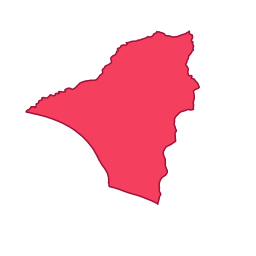 outline of Tilomar, Cova Lima, East Timor, rotated 71°
{"feature_id": "22284137B39285760424005", "entity_name": "Tilomar", "entity_type": "district", "adm_level": 2, "iso_a3": "TLS", "parent_name": "East Timor", "parent_adm1": "Cova Lima", "projection": "equal_earth", "projection_center": [125.135, -9.378], "detail": "fine", "context": "isolated", "style": "filled", "palette": "rose", "viewbox_px": 256, "rotation_deg": 71, "n_neighbors": 0, "source": "geoboundaries", "source_scale": "gbopen_adm2", "svg_char_len": 5637}
<svg xmlns="http://www.w3.org/2000/svg" viewBox="0 0 256 256"><g transform="rotate(71 128 128)"><path d="M46.4,69.2L46.8,69.2L47.0,69.5L47.1,69.9L47.3,71.1L47.4,72.3L47.6,73.1L47.9,73.5L48.4,74.0L48.7,74.5L49.3,76.0L49.3,76.5L49.0,78.0L48.2,79.1L48.1,79.4L48.2,80.4L48.4,80.8L48.6,81.1L48.7,81.6L48.6,84.6L48.6,85.7L48.6,87.9L48.8,88.7L48.5,89.1L48.2,89.7L48.2,90.5L48.6,91.3L47.3,96.3L47.4,97.2L47.3,98.1L47.3,98.9L47.3,99.9L47.3,100.4L47.0,100.8L47.0,101.2L47.0,101.9L48.2,101.4L48.6,101.6L48.9,102.6L48.9,103.3L48.0,105.2L47.9,106.1L48.0,107.8L49.1,108.9L49.3,109.2L49.5,109.6L49.5,110.2L49.4,111.4L49.7,112.1L50.0,112.3L50.4,112.3L51.4,112.1L51.7,112.1L51.8,112.2L51.9,113.8L53.2,114.5L53.4,114.7L53.6,115.1L54.5,116.0L54.7,116.5L54.8,117.6L54.7,118.2L54.8,118.7L55.1,119.2L55.5,120.4L55.7,120.9L56.5,121.5L57.3,121.8L58.8,121.8L60.1,122.1L60.5,122.3L60.8,122.7L61.3,124.3L61.4,124.6L61.7,125.5L61.9,126.8L61.9,128.3L62.0,128.7L62.1,129.3L62.4,129.8L63.3,130.5L63.7,131.2L64.1,132.6L64.5,133.2L65.1,133.5L65.4,133.6L66.3,133.6L67.0,133.7L67.8,134.3L68.2,134.6L68.3,134.9L68.4,135.4L68.6,135.6L69.1,137.4L69.4,137.9L70.5,139.1L70.7,139.6L71.4,140.8L71.5,141.0L71.9,141.9L72.1,143.4L71.6,145.2L71.2,146.1L71.1,146.5L70.8,147.9L70.5,148.5L70.5,149.8L70.3,150.8L70.1,151.2L69.8,152.7L69.7,154.9L69.7,156.7L69.8,157.6L69.8,158.6L70.0,159.1L70.2,159.5L70.6,160.3L70.8,160.7L71.1,161.3L71.3,161.6L71.4,162.0L71.7,162.8L72.3,163.5L72.6,163.9L72.9,165.0L73.0,165.5L73.3,166.9L73.4,167.8L73.1,168.4L72.6,168.9L71.9,169.4L71.5,170.0L70.9,171.4L70.9,171.7L70.9,172.6L71.2,174.5L71.3,175.0L71.6,175.3L72.9,175.4L73.1,175.5L73.3,176.2L72.7,178.0L72.0,179.1L71.1,181.3L71.3,181.9L71.7,182.0L72.8,181.9L72.9,182.2L72.9,182.5L72.6,183.1L72.1,183.7L71.9,185.0L71.9,185.3L72.2,185.8L73.2,185.9L73.4,186.2L73.4,186.6L73.2,187.7L73.2,188.3L73.1,188.7L72.2,189.4L71.7,189.9L71.4,190.3L71.4,190.5L71.6,191.3L72.7,192.8L72.8,193.4L73.0,193.7L73.1,194.7L73.1,195.2L73.0,196.0L72.8,196.4L72.2,197.1L71.9,197.5L71.5,198.6L71.5,198.9L71.7,199.8L72.7,199.8L73.1,200.3L73.3,200.8L73.3,201.5L73.3,203.2L73.5,203.4L73.9,203.8L74.3,203.8L74.9,204.1L75.2,204.8L75.2,205.2L75.3,206.4L75.5,207.1L76.8,207.4L77.6,207.8L78.0,208.2L78.3,208.5L78.4,208.8L78.4,209.3L78.3,209.5L77.6,209.4L77.4,209.6L77.2,210.0L76.9,211.3L76.4,212.5L76.6,213.0L77.3,213.5L77.7,214.5L78.1,214.9L78.2,215.4L78.3,216.2L78.6,217.9L78.9,218.6L79.3,218.9L79.6,218.9L79.7,219.0L79.8,218.9L80.5,217.8L81.4,216.2L83.7,212.5L84.2,211.9L85.6,209.4L86.7,207.7L87.2,207.1L88.1,205.6L91.4,200.8L92.1,200.0L94.8,196.5L95.4,195.8L97.6,193.2L99.5,191.1L100.3,190.1L102.2,188.2L105.9,184.7L107.9,182.9L110.0,181.2L113.7,178.5L115.2,177.6L115.9,177.1L117.1,176.4L118.5,175.5L120.9,174.0L123.0,172.9L125.3,171.9L126.7,171.2L128.5,170.5L131.0,169.6L131.8,169.3L135.0,168.2L138.0,167.4L139.6,167.2L141.5,166.8L145.9,166.1L148.4,165.8L149.7,165.6L150.3,165.4L152.0,165.1L155.1,164.4L158.8,163.2L161.5,162.6L164.2,162.2L165.5,162.2L169.1,162.6L170.2,163.1L171.2,163.2L172.2,163.6L172.8,164.0L173.5,164.3L174.3,164.1L175.2,164.2L175.6,164.4L176.3,164.9L177.4,164.4L177.9,163.9L179.4,161.4L182.1,157.6L183.0,156.6L183.3,156.0L185.9,153.0L188.9,149.3L189.6,148.3L191.1,146.3L192.0,144.8L192.6,144.2L194.0,142.0L195.4,140.1L198.2,136.6L200.9,133.5L203.4,130.6L204.6,129.2L207.1,126.7L208.5,125.3L209.6,124.7L204.6,121.3L204.0,121.2L203.1,120.6L202.0,119.1L201.4,118.7L200.8,118.6L200.0,118.6L198.8,118.9L198.2,119.0L196.8,118.6L194.7,117.7L192.0,117.1L190.9,116.7L189.6,115.9L187.4,114.0L186.5,112.8L185.9,111.8L185.3,110.0L185.1,108.9L184.9,108.1L184.6,107.5L183.8,106.4L182.7,105.3L182.3,105.1L181.1,104.8L176.9,105.0L174.9,104.8L173.8,104.2L172.5,103.8L171.7,103.6L170.7,103.2L168.7,102.9L167.0,103.2L165.6,103.2L163.1,102.8L162.3,102.5L161.5,102.0L160.7,101.0L159.2,99.5L158.8,98.8L158.4,98.1L158.1,97.3L157.9,95.9L157.8,94.5L157.5,92.6L157.3,91.8L157.0,91.0L156.3,88.1L156.1,87.5L155.8,87.2L152.7,86.5L150.1,85.7L149.0,85.6L148.5,85.4L147.9,84.8L147.2,84.0L146.7,83.4L146.1,83.0L145.6,83.0L144.8,83.3L144.0,83.3L142.7,83.1L140.1,83.1L139.7,83.2L139.3,83.2L138.6,82.7L137.2,82.0L134.7,81.1L134.0,80.5L133.3,79.8L132.5,78.7L131.9,77.3L130.4,74.4L130.0,72.9L129.9,72.3L129.9,71.1L130.1,69.7L130.1,68.0L130.0,66.5L130.1,65.2L130.3,64.4L131.2,63.3L131.4,62.9L131.6,61.7L131.7,60.8L131.7,60.1L130.8,59.9L130.1,59.6L128.6,59.0L128.1,58.6L127.0,58.4L126.1,58.5L125.7,58.2L124.8,57.7L124.1,57.5L122.0,55.9L121.2,55.6L120.3,55.3L118.4,54.7L115.0,54.3L114.3,53.9L113.8,53.0L113.6,52.4L113.5,51.7L113.4,49.4L113.3,48.6L112.9,47.7L112.5,47.3L108.2,47.6L106.0,48.7L104.8,49.0L103.5,49.5L102.9,49.9L102.0,51.4L101.5,51.8L101.1,51.8L100.8,51.4L100.5,51.0L100.0,50.7L99.6,50.7L99.2,50.9L98.9,51.3L98.8,52.1L98.6,52.8L98.4,53.2L97.6,53.6L94.6,53.3L94.0,53.0L92.5,52.0L91.9,51.9L91.0,51.8L89.2,52.1L88.2,52.5L87.2,52.8L86.2,52.5L85.2,51.1L83.9,50.5L83.5,50.1L81.8,48.3L79.5,47.0L79.2,46.7L79.2,46.2L78.5,45.0L77.7,44.0L77.4,43.4L77.1,43.1L76.6,42.9L76.3,42.6L76.0,41.8L75.8,41.1L75.5,40.8L75.2,40.7L74.5,40.7L74.0,40.7L73.5,40.5L72.4,39.6L71.9,39.3L71.4,39.2L69.5,39.6L69.1,39.5L68.0,38.6L67.7,38.7L67.5,39.0L67.3,39.4L67.0,39.7L66.4,39.6L65.2,39.0L63.4,37.4L63.0,37.2L62.7,37.2L62.2,37.3L61.3,37.0L61.0,37.0L59.7,38.6L59.2,38.9L58.7,39.0L58.1,39.0L56.6,38.5L56.6,39.1L56.9,39.9L57.1,41.6L57.4,42.1L57.5,42.8L57.6,43.3L57.5,44.2L57.4,46.5L57.6,51.0L57.8,51.8L57.3,52.8L57.1,53.4L57.1,54.7L56.7,55.6L55.5,57.6L54.9,58.3L54.4,58.8L53.6,61.1L53.0,61.9L52.4,62.4L51.7,62.9L50.5,63.2L50.2,63.5L49.8,64.2L49.4,64.7L49.0,64.8L48.5,66.0L48.3,66.3L47.7,66.7L47.4,67.1L46.4,69.2Z" fill="#f43f5e" stroke="#9f1239" stroke-width="1.5"/></g></svg>